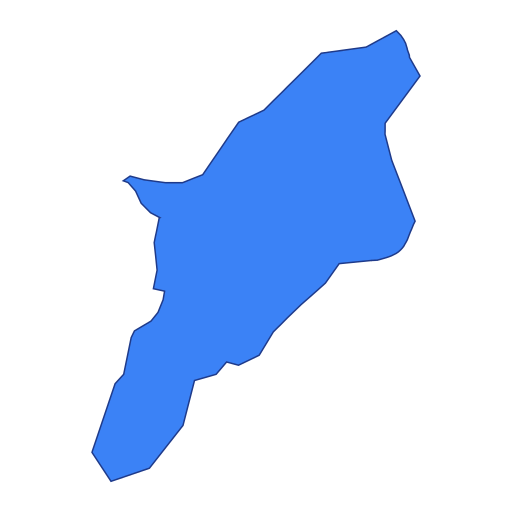 Al Malajim, Al Bayda', Yemen (Albers equal-area conic projection)
{"feature_id": "15242507B64836061652766", "entity_name": "Al Malajim", "entity_type": "district", "adm_level": 2, "iso_a3": "YEM", "parent_name": "Yemen", "parent_adm1": "Al Bayda'", "projection": "albers", "projection_center": [45.401, 14.328], "detail": "fine", "context": "isolated", "style": "filled", "palette": "blue", "viewbox_px": 512, "rotation_deg": 0, "n_neighbors": 0, "source": "geoboundaries", "source_scale": "gbopen_adm2", "svg_char_len": 1883}
<svg xmlns="http://www.w3.org/2000/svg" viewBox="0 0 512 512"><path d="M415.1,221.2L401.7,186.2L392.6,162.6L391.6,159.9L385.0,134.2L385.1,130.6L385.1,123.5L385.3,123.0L420.0,76.0L409.5,57.4L409.3,55.1L407.4,49.8L407.1,48.2L406.7,47.0L405.6,43.3L404.5,41.2L403.7,39.6L400.9,35.5L396.3,30.7L366.1,47.1L321.3,53.2L320.6,53.9L317.8,56.7L301.0,73.4L291.6,82.7L287.2,87.0L286.3,88.0L286.0,88.2L284.5,89.8L283.5,90.8L278.5,95.7L273.4,100.7L263.9,110.2L262.8,110.7L251.3,116.2L248.9,117.3L238.7,122.2L227.0,139.1L226.9,139.3L219.9,149.6L209.4,164.9L202.7,174.7L193.0,178.5L183.3,182.4L183.0,182.5L182.4,182.7L182.0,182.7L165.5,182.7L158.7,181.8L153.6,181.1L144.1,179.8L130.1,176.1L123.3,180.8L128.2,182.6L135.6,191.1L141.2,203.3L150.5,212.7L159.9,217.7L159.2,218.0L156.3,232.5L155.6,235.6L154.2,242.6L155.7,256.4L157.1,270.2L156.0,275.6L153.4,288.7L164.4,291.1L164.6,291.2L164.4,292.3L163.1,299.8L158.0,312.4L151.0,321.1L134.6,330.8L134.4,331.0L131.2,337.6L123.7,374.3L115.1,383.7L92.3,451.3L92.0,452.4L111.0,481.3L149.4,468.2L183.0,425.4L188.2,405.1L194.5,380.5L197.6,379.6L199.4,379.1L201.5,378.5L210.6,375.9L216.1,374.3L226.6,362.0L238.5,365.2L248.1,360.6L259.2,355.2L273.3,331.9L277.7,327.5L279.8,325.5L287.4,317.8L301.1,304.6L316.8,290.8L325.4,283.1L339.2,263.6L339.9,263.6L340.5,263.5L344.5,263.1L371.1,260.5L371.4,260.5L371.5,260.5L371.8,260.4L371.9,260.5L372.1,260.4L372.3,260.4L372.5,260.4L372.8,260.4L373.0,260.4L373.4,260.4L373.5,260.4L373.8,260.3L374.0,260.3L374.4,260.3L374.5,260.3L374.9,260.3L375.1,260.3L375.3,260.3L375.6,260.2L375.8,260.2L377.2,260.2L379.4,259.6L382.9,258.6L386.0,257.7L388.5,256.9L391.4,255.8L393.6,254.7L396.0,253.5L398.4,251.9L400.4,250.1L402.2,248.2L403.7,246.3L404.9,244.1L406.2,241.9L407.4,239.6L408.3,237.2L409.3,234.6L410.4,231.8L411.5,229.4L412.5,226.9L413.5,224.4L414.7,222.0L415.1,221.2Z" fill="#3b82f6" stroke="#1e3a8a" stroke-width="1.5"/></svg>